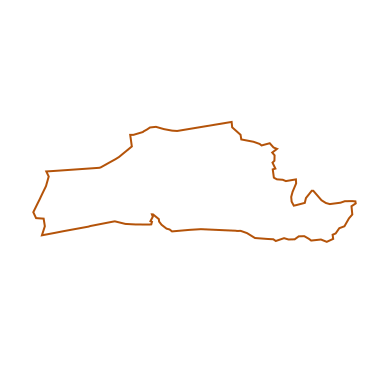 the district of Vega Alta, Puerto Rico, rotated 261°
{"feature_id": "32010507B37384670628479", "entity_name": "Vega Alta", "entity_type": "district", "adm_level": 2, "iso_a3": "PRI", "parent_name": "Puerto Rico", "parent_adm1": "", "projection": "robinson", "projection_center": [-66.341, 18.408], "detail": "fine", "context": "isolated", "style": "outline", "palette": "amber", "viewbox_px": 384, "rotation_deg": 261, "n_neighbors": 0, "source": "geoboundaries", "source_scale": "gbopen_adm2", "svg_char_len": 1723}
<svg xmlns="http://www.w3.org/2000/svg" viewBox="0 0 384 384"><g transform="rotate(261 192 192)"><path d="M255.0,242.1L254.6,187.5L254.6,186.9L255.7,182.0L258.5,174.1L262.0,166.6L262.3,160.6L260.8,157.4L259.5,153.8L258.9,152.8L257.6,143.1L258.1,139.9L246.4,139.7L239.9,128.6L238.0,125.4L236.4,121.6L233.8,114.4L230.6,105.7L230.4,104.3L233.9,64.3L234.7,55.5L235.1,51.3L232.4,52.1L229.7,52.9L228.2,52.2L222.6,49.6L220.8,48.8L219.9,48.2L216.2,45.6L210.7,41.8L209.3,40.9L205.4,38.1L196.9,32.1L193.7,33.0L193.4,33.1L190.6,33.9L188.9,41.3L187.9,41.3L181.8,41.3L181.2,41.3L172.7,37.0L173.1,50.8L173.4,58.6L174.0,84.4L174.3,86.2L174.4,89.1L174.9,103.5L175.1,109.5L175.1,111.2L170.9,121.2L168.8,131.0L166.5,144.9L166.4,146.7L168.8,147.8L169.7,146.4L173.7,149.4L176.2,148.9L176.0,150.0L170.4,155.0L167.9,154.9L164.4,156.8L159.8,161.1L158.5,164.0L156.2,166.1L155.0,183.5L153.9,195.0L149.0,218.8L146.9,229.2L146.5,230.3L146.0,234.0L142.8,239.9L136.7,247.0L133.7,259.7L132.6,264.9L130.5,267.1L132.0,275.7L130.0,279.9L129.2,286.0L131.5,290.5L130.8,296.0L127.4,300.2L125.4,302.1L124.9,311.9L121.7,317.3L123.6,324.1L127.8,324.2L128.6,327.4L133.2,331.8L134.3,337.2L141.4,342.9L144.7,346.8L153.0,347.3L155.1,351.9L157.2,351.9L157.9,349.0L159.0,341.5L158.2,337.0L158.5,326.2L160.2,322.5L163.6,318.6L174.2,312.0L174.5,310.5L168.2,303.6L163.6,301.7L162.7,292.5L162.6,290.4L166.9,288.9L171.6,289.2L176.5,291.4L184.2,296.2L188.2,296.6L188.1,286.4L189.9,283.5L191.2,277.9L192.7,275.9L193.4,275.1L201.7,275.3L202.1,278.0L208.4,276.1L210.0,278.3L215.3,279.3L218.4,277.4L221.3,282.7L223.2,279.5L228.0,276.4L227.1,268.0L228.9,266.3L232.0,260.6L236.2,248.9L240.9,248.9L249.6,241.8L255.0,242.1Z" fill="none" stroke="#b45309" stroke-width="2"/></g></svg>